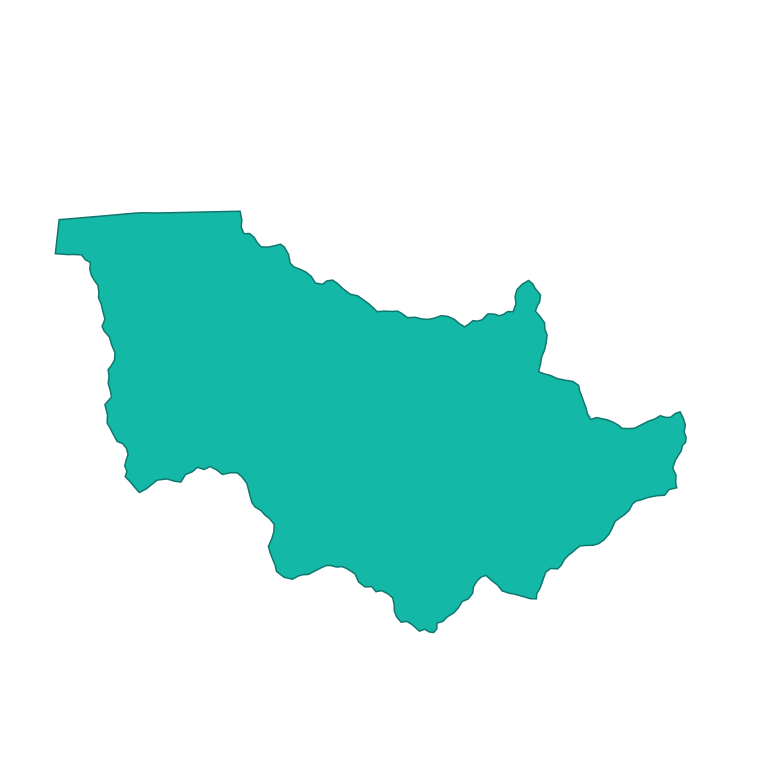 the district of Rio dos Cedros, Santa Catarina, Brazil, rotated 163°
{"feature_id": "56859067B85566328375653", "entity_name": "Rio dos Cedros", "entity_type": "district", "adm_level": 2, "iso_a3": "BRA", "parent_name": "Brazil", "parent_adm1": "Santa Catarina", "projection": "orthographic", "projection_center": [-49.385, -26.63], "detail": "fine", "context": "isolated", "style": "filled", "palette": "teal", "viewbox_px": 768, "rotation_deg": 163, "n_neighbors": 0, "source": "geoboundaries", "source_scale": "gbopen_adm2", "svg_char_len": 3531}
<svg xmlns="http://www.w3.org/2000/svg" viewBox="0 0 768 768"><g transform="rotate(163 384 384)"><path d="M471.1,591.3L549.7,613.5L566.0,618.7L572.1,620.2L623.8,631.2L641.9,635.1L646.6,636.2L660.2,604.7L654.3,602.5L648.6,600.2L642.9,598.6L635.5,595.9L633.2,589.9L629.3,586.1L631.8,579.8L632.1,573.6L630.9,568.3L628.8,562.1L629.8,555.1L631.8,549.9L631.1,542.6L631.6,536.6L631.9,527.6L636.8,521.5L636.1,516.3L632.9,509.4L633.0,500.8L632.1,492.5L634.7,485.8L639.6,481.1L643.6,478.4L644.6,472.0L647.6,465.1L647.6,458.5L648.3,451.3L656.9,446.0L657.5,435.0L660.2,427.7L659.0,422.7L657.6,415.0L656.0,407.2L651.3,403.3L649.1,397.7L649.4,391.4L652.8,386.7L655.9,381.4L655.3,375.6L658.6,371.2L655.3,364.6L652.4,357.6L649.7,351.8L642.0,353.2L636.6,355.4L628.9,358.4L619.4,356.7L612.8,352.3L606.9,349.6L600.4,355.4L592.7,356.2L586.8,358.9L581.0,354.8L574.4,355.9L569.0,350.6L565.0,344.8L556.3,343.9L550.2,341.9L546.9,336.5L544.2,329.0L544.7,317.9L545.0,309.6L543.3,304.1L538.8,299.1L535.8,292.9L532.8,288.8L530.1,281.9L532.4,275.2L536.5,268.9L542.0,262.5L542.2,256.1L541.8,250.1L541.1,242.7L541.6,236.2L536.1,228.4L528.6,224.1L522.5,225.4L517.8,225.4L511.8,224.0L505.6,225.2L499.2,226.4L492.4,227.3L488.0,226.0L483.1,222.9L477.2,221.5L473.6,218.4L470.4,214.8L467.2,210.7L466.2,202.1L461.5,195.5L454.9,193.8L452.4,187.7L446.7,187.1L441.3,181.9L438.2,176.9L438.8,170.0L440.5,163.9L440.0,157.6L437.3,151.2L431.6,150.3L427.6,145.9L424.9,141.5L422.4,137.3L416.8,137.6L413.3,133.7L409.0,131.8L405.0,134.5L403.3,139.8L397.1,139.8L391.6,142.8L384.0,144.8L378.5,148.1L373.0,153.1L366.1,153.9L360.4,158.0L357.7,163.9L352.7,168.4L347.3,171.1L342.4,171.1L339.3,165.8L334.2,158.5L331.5,151.6L325.3,147.2L321.0,145.1L314.9,141.2L306.8,135.9L301.1,134.0L299.2,138.9L295.3,142.3L291.5,147.0L287.8,152.2L284.3,156.7L278.6,158.9L272.0,156.4L267.7,158.7L262.8,163.4L257.6,166.4L252.9,168.1L248.4,170.2L243.9,171.8L238.2,170.6L231.0,168.6L225.3,168.6L219.2,170.6L212.7,174.7L208.0,179.4L203.1,185.1L197.7,187.0L192.6,188.6L186.3,191.7L181.5,196.6L177.0,198.4L171.6,198.0L165.2,198.3L156.4,197.5L148.1,195.6L142.3,199.7L134.4,199.2L133.9,204.5L131.4,211.5L132.5,219.1L127.8,225.8L123.1,229.9L119.1,233.3L116.7,237.9L112.7,240.0L110.7,244.6L110.9,250.5L107.8,256.6L107.8,263.7L109.0,270.8L113.9,270.7L119.9,268.3L124.7,269.9L129.0,272.9L135.8,271.3L142.2,271.1L151.3,269.5L157.3,268.4L163.6,270.0L169.3,272.0L172.4,276.7L176.4,280.8L181.0,284.5L185.6,287.0L190.5,289.8L196.5,289.6L198.2,296.3L197.8,302.7L198.2,308.0L198.4,313.8L198.9,320.4L198.3,325.7L202.7,331.3L209.9,334.8L216.5,338.4L222.3,343.5L228.0,347.0L232.6,350.6L228.5,357.3L225.3,363.9L220.8,369.2L216.8,376.1L213.7,383.3L214.1,389.4L212.6,395.8L215.1,402.9L217.9,409.4L214.7,413.7L211.2,416.9L208.3,423.4L211.5,431.2L212.6,436.5L215.4,440.7L222.3,439.2L229.2,435.4L233.0,429.5L234.4,422.0L239.4,415.4L244.7,417.1L249.4,415.6L254.0,415.6L258.3,418.7L264.2,420.7L271.6,416.7L276.3,416.8L280.5,418.6L284.8,416.7L290.2,415.1L294.1,419.5L297.9,425.3L302.8,429.7L309.0,432.6L316.9,432.3L322.6,432.8L328.1,434.8L334.7,438.7L342.2,440.6L346.1,446.0L349.6,449.7L355.3,451.1L362.4,453.6L369.4,455.2L372.4,460.7L375.1,465.2L378.8,470.0L383.3,476.0L389.9,479.6L395.3,487.0L399.3,494.0L402.8,498.4L408.4,499.3L413.7,497.4L420.1,500.6L422.1,508.2L425.8,513.7L430.5,518.1L435.9,522.3L438.4,527.0L437.4,535.8L439.2,544.1L442.2,548.0L448.8,548.2L455.3,548.9L461.4,551.1L463.8,556.0L465.2,561.9L468.4,567.1L474.0,568.8L474.7,575.8L472.0,582.3L471.1,591.3Z" fill="#14b8a6" stroke="#0f766e" stroke-width="1.5"/></g></svg>